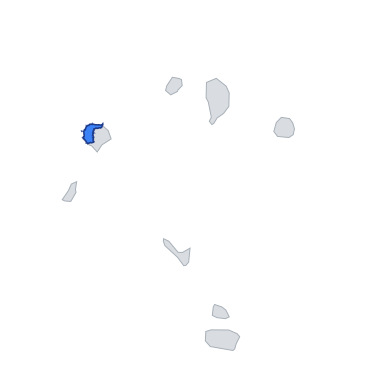 location of Sao Joao Baptista, Boa Vista, Cabo Verde, rotated 215°
{"feature_id": "66160863B76154481217824", "entity_name": "Sao Joao Baptista", "entity_type": "district", "adm_level": 2, "iso_a3": "CPV", "parent_name": "Cabo Verde", "parent_adm1": "Boa Vista", "projection": "orthographic", "projection_center": [-22.721, 16.095], "detail": "fine", "context": "in_parent", "style": "filled", "palette": "blue", "viewbox_px": 384, "rotation_deg": 215, "n_neighbors": 0, "source": "geoboundaries", "source_scale": "gbopen_adm2", "svg_char_len": 4804}
<svg xmlns="http://www.w3.org/2000/svg" viewBox="0 0 384 384"><g transform="rotate(215 192 192)"><path d="M243.0,290.1L237.3,299.0L224.8,298.3L218.4,294.5L210.9,283.2L211.2,274.5L213.9,267.0L213.5,260.5L214.5,258.7L218.4,259.9L219.0,264.3L230.3,275.1L234.5,277.3L243.0,290.1ZM82.8,100.0L73.7,101.8L69.9,100.8L68.8,93.1L67.0,87.9L67.5,85.7L88.4,75.9L95.7,77.7L100.7,85.7L97.2,90.1L82.8,100.0ZM292.6,170.4L300.5,172.2L303.4,171.6L308.4,172.0L313.7,177.1L314.7,182.5L312.1,189.3L301.7,194.9L295.8,194.2L288.7,189.1L292.8,179.1L292.6,170.4ZM161.6,304.4L154.2,308.1L149.1,306.4L144.3,302.5L142.0,297.0L143.9,292.2L153.8,286.6L159.7,288.5L162.8,297.3L161.6,304.4ZM183.4,132.5L187.3,135.3L188.5,137.4L182.8,138.4L168.9,134.6L165.2,136.9L161.4,144.9L154.5,132.6L155.0,128.2L156.5,126.9L166.3,130.2L183.4,132.5ZM267.7,277.6L265.1,278.0L261.1,273.6L262.0,267.5L261.6,265.9L265.1,259.4L271.9,260.0L273.6,264.8L273.9,274.7L267.7,277.6ZM109.0,112.8L101.4,115.0L96.6,114.7L89.9,111.1L92.0,107.4L99.5,103.4L104.6,102.6L108.6,110.0L109.0,112.8ZM295.4,129.3L292.4,134.3L288.8,127.0L286.8,125.2L285.9,114.7L291.3,111.6L293.9,111.3L294.0,122.2L295.4,129.3Z" fill="#d9dde1" stroke="#a8b0b8" stroke-width="1"/><path d="M304.2,196.7L304.2,196.2L304.5,195.4L304.9,194.8L305.3,194.4L305.8,194.2L306.4,193.9L306.8,193.7L307.0,193.6L307.2,193.4L307.3,193.3L307.3,193.2L308.5,192.5L309.1,192.1L309.3,191.9L309.6,191.8L309.8,191.6L310.0,191.6L310.4,191.4L310.5,191.3L311.1,191.1L311.3,191.1L311.5,191.1L311.7,190.9L311.9,190.8L312.1,190.5L312.3,190.4L312.4,190.2L312.6,190.2L312.7,190.3L312.8,190.2L312.9,190.3L312.9,190.2L312.9,189.9L313.1,189.6L313.4,189.5L313.6,189.5L313.9,189.4L314.0,189.4L314.2,189.2L314.3,189.1L314.5,188.9L314.7,188.7L314.8,188.6L314.8,188.3L314.8,188.2L314.7,188.1L314.7,187.9L314.8,187.9L314.7,187.9L314.8,187.7L314.8,187.4L315.0,187.3L315.1,187.0L315.3,186.9L315.4,186.7L315.5,186.7L315.5,186.3L315.6,186.2L315.7,185.9L315.8,185.9L315.9,185.7L316.0,185.6L315.9,185.5L315.9,185.4L316.0,185.2L316.3,185.3L316.2,185.1L316.0,184.9L316.0,184.7L315.9,184.4L315.8,184.2L315.7,183.8L315.7,183.7L315.8,183.6L315.8,183.3L315.8,183.2L315.7,183.2L315.4,182.7L315.3,182.4L315.1,181.9L315.1,181.6L315.2,181.4L315.3,181.1L315.4,180.9L315.5,180.9L315.8,181.0L315.8,180.9L315.7,180.8L315.6,180.6L315.6,180.2L315.5,179.4L315.2,179.2L314.7,178.8L314.7,178.7L314.4,178.4L314.3,178.2L314.2,178.1L314.0,177.9L313.8,177.6L313.6,177.4L313.4,177.2L313.2,177.1L312.8,176.6L312.5,176.3L312.3,175.8L312.2,175.5L312.3,175.4L312.4,175.2L312.5,175.1L312.4,175.0L312.5,174.9L312.4,174.8L312.2,174.7L312.2,174.3L312.3,174.2L312.5,173.8L312.4,173.8L312.3,174.0L312.1,174.0L312.0,173.9L311.9,173.9L311.7,173.8L311.7,173.7L311.5,173.4L311.2,173.5L310.9,173.7L310.6,173.6L310.4,173.5L310.4,173.4L310.4,173.2L310.2,173.1L309.9,173.2L309.8,173.3L309.7,173.3L309.6,173.2L309.2,173.2L308.9,173.2L308.6,173.1L308.3,172.9L308.2,172.9L308.0,172.7L307.7,172.7L307.2,172.5L307.1,172.3L307.0,172.2L306.6,172.2L306.4,172.1L306.4,171.9L306.3,172.0L306.2,172.1L305.7,172.0L305.4,172.0L305.2,171.8L305.0,172.1L304.8,172.4L304.5,172.7L304.5,173.0L304.3,173.4L304.2,173.4L304.2,173.6L303.9,173.8L303.6,174.3L303.4,174.2L302.9,174.4L302.8,174.5L302.7,174.5L302.5,174.8L302.3,175.0L302.1,175.1L302.0,175.3L301.8,175.5L301.7,175.6L301.7,175.8L301.5,176.0L301.3,176.2L301.3,176.3L301.2,176.5L301.1,176.8L301.3,176.9L301.5,177.2L301.9,177.2L302.1,177.3L302.3,177.2L302.4,177.4L302.5,177.5L302.8,177.7L302.9,178.0L303.0,178.1L303.1,178.3L303.0,178.5L303.3,178.7L303.4,178.8L303.5,179.0L303.8,179.2L303.7,179.2L303.7,179.3L303.7,179.5L303.7,179.8L303.8,179.9L303.8,180.0L304.1,180.2L304.2,180.3L304.2,180.5L304.4,180.6L304.5,180.8L304.4,180.8L304.5,180.9L304.6,181.0L304.8,181.1L305.0,181.1L305.1,181.3L305.3,181.4L305.5,181.4L306.0,181.4L306.0,181.5L306.0,182.1L306.3,182.2L306.4,182.3L306.3,182.5L306.3,182.8L306.3,183.0L306.6,183.1L306.7,183.3L306.8,183.4L307.0,183.5L307.1,183.4L307.3,183.5L307.2,183.8L306.9,184.0L307.0,184.0L307.1,184.3L307.3,184.3L307.6,184.5L307.5,184.8L307.5,185.0L307.9,185.4L307.7,185.6L307.6,185.9L307.6,186.1L307.8,186.3L307.8,186.5L308.1,186.5L308.3,186.9L308.4,187.1L308.4,187.5L308.5,187.6L308.4,187.8L308.2,187.8L307.6,188.4L307.6,188.5L307.4,188.8L307.5,188.9L307.5,189.0L307.4,189.4L306.9,189.5L306.7,189.6L306.3,189.6L306.2,189.9L305.9,190.0L305.5,190.2L305.4,190.4L305.3,190.5L305.2,190.8L305.1,191.3L304.8,191.4L304.7,191.5L304.4,191.6L304.1,191.8L304.0,192.0L303.9,191.9L303.7,191.9L303.5,192.1L303.4,192.3L303.4,192.6L303.2,192.9L303.1,193.2L303.2,193.3L303.2,193.5L303.3,193.8L303.4,194.2L303.6,195.0L303.6,195.3L303.5,195.8L303.7,196.0L303.9,196.2L304.0,196.5L304.2,196.7ZM317.0,178.6L316.8,178.5L316.7,178.6L316.4,178.6L316.7,178.6L316.8,178.7L317.0,178.6Z" fill="#3b82f6" stroke="#1e3a8a" stroke-width="1.5"/></g></svg>